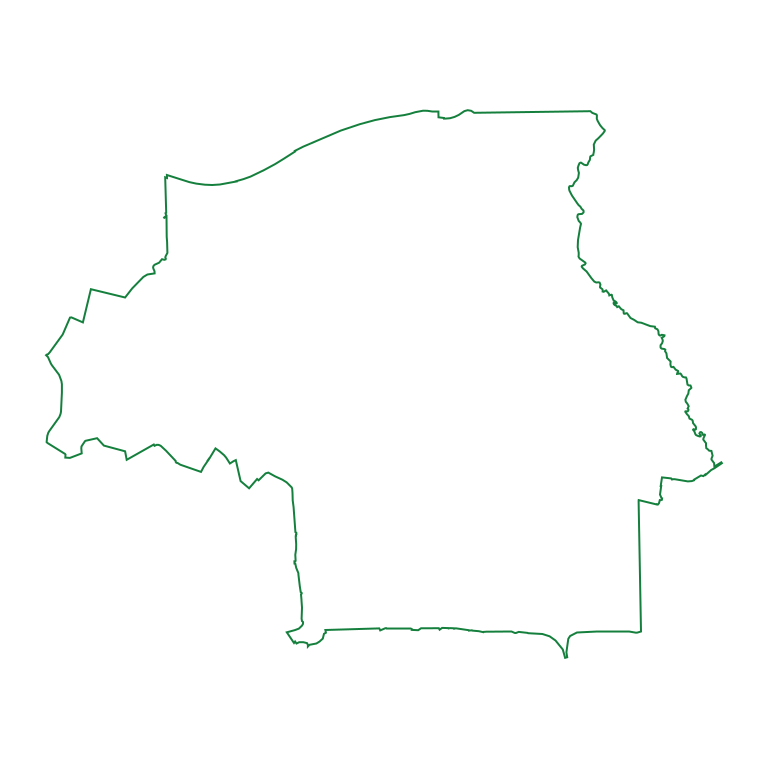 the district of Eindhoven, Noord-Brabant, Netherlands
{"feature_id": "6326949B83457760015598", "entity_name": "Eindhoven", "entity_type": "district", "adm_level": 2, "iso_a3": "NLD", "parent_name": "Netherlands", "parent_adm1": "Noord-Brabant", "projection": "orthographic", "projection_center": [5.479, 51.449], "detail": "fine", "context": "isolated", "style": "outline", "palette": "green", "viewbox_px": 768, "rotation_deg": 0, "n_neighbors": 0, "source": "geoboundaries", "source_scale": "gbopen_adm2", "svg_char_len": 6057}
<svg xmlns="http://www.w3.org/2000/svg" viewBox="0 0 768 768"><path d="M166.9,175.0L167.0,178.0L165.2,177.3L166.2,212.8L165.5,213.2L166.3,215.8L164.1,217.5L164.3,217.8L166.5,216.4L166.7,236.7L167.1,242.0L167.4,252.9L165.7,256.1L165.3,257.3L165.8,258.6L165.6,259.4L164.3,259.8L162.0,259.2L159.1,262.7L154.5,264.8L153.4,266.1L153.1,267.3L153.4,268.7L154.5,271.2L154.6,273.4L147.4,274.5L143.4,276.9L132.2,288.4L125.1,297.5L90.9,289.2L82.9,322.4L71.4,317.4L70.0,317.6L62.7,334.5L49.7,352.4L48.1,354.2L47.0,354.5L46.1,355.2L48.0,357.1L50.8,363.4L51.8,365.1L59.1,374.8L61.4,381.0L61.9,384.2L61.9,392.5L61.0,411.7L60.6,413.7L59.3,417.1L49.4,430.9L48.3,432.7L47.3,435.8L46.6,442.1L47.5,443.0L65.0,453.9L65.5,454.5L65.3,457.6L69.9,457.9L81.7,453.4L81.3,448.3L81.5,446.4L84.9,441.3L85.5,440.8L97.1,438.2L103.9,445.6L125.1,451.3L126.7,459.8L153.8,444.5L154.5,445.8L156.8,444.8L158.7,444.9L160.7,445.8L166.0,450.7L175.7,461.0L175.7,461.9L176.4,462.8L177.6,463.0L180.3,464.7L201.0,471.9L203.7,466.8L207.8,460.8L207.6,460.6L208.7,459.1L208.8,459.4L209.2,458.8L215.5,448.4L219.8,451.5L224.1,455.2L226.2,457.7L229.9,463.5L233.5,461.2L235.8,460.1L240.6,481.1L249.1,488.3L257.1,479.0L258.6,480.3L265.6,473.4L268.3,472.6L275.2,476.4L282.4,479.7L286.7,482.4L291.7,487.4L292.2,488.7L292.5,493.0L292.7,500.4L293.6,507.3L295.4,532.1L296.3,532.7L296.4,534.2L296.0,534.4L296.0,535.7L295.8,535.7L295.7,536.6L296.2,544.3L296.1,549.2L295.3,554.8L295.6,560.4L295.4,561.2L294.4,561.3L294.5,563.6L295.3,563.7L296.2,567.8L298.4,573.2L298.4,574.4L299.8,586.2L300.7,592.1L301.6,592.8L301.7,593.6L301.0,594.3L301.5,600.0L301.5,600.6L302.0,607.6L301.6,618.7L302.0,621.1L302.9,621.8L303.1,622.7L302.9,624.1L302.0,625.6L298.9,628.6L294.9,630.1L286.8,632.3L294.0,643.0L295.1,641.5L296.5,643.5L299.2,642.2L303.3,642.2L307.0,643.1L307.9,644.9L307.9,646.5L309.5,644.8L316.4,643.5L319.6,641.5L322.8,638.6L324.0,633.8L325.9,632.7L325.4,630.0L379.3,628.4L380.2,630.4L385.4,628.2L386.4,628.2L386.6,628.5L410.7,628.5L412.1,629.3L411.9,629.9L418.2,630.2L421.0,628.3L438.8,628.2L439.6,629.7L442.1,627.9L448.5,628.1L448.6,628.4L450.0,628.1L454.1,628.3L454.2,628.7L455.8,628.3L468.8,630.2L468.9,630.6L471.9,630.3L472.2,630.6L478.9,631.2L483.4,632.2L483.6,631.9L486.2,631.7L511.5,631.5L514.6,632.9L515.9,633.0L518.7,631.9L527.7,632.9L528.1,633.2L542.4,634.0L549.6,636.3L555.5,640.5L562.8,649.5L565.1,657.8L567.2,657.2L566.4,652.3L568.3,638.8L570.1,636.0L576.9,632.5L597.4,631.5L629.0,631.5L636.0,632.7L637.3,632.6L641.0,631.5L638.6,500.8L638.7,500.1L656.8,504.5L656.9,504.2L657.9,504.5L659.0,503.2L659.8,500.1L660.5,500.2L661.9,499.8L662.1,498.4L661.6,498.3L660.0,494.6L661.2,486.0L660.7,486.0L662.0,477.4L671.1,478.4L672.0,479.5L672.4,479.2L674.7,479.2L687.8,481.4L691.7,481.1L694.9,480.0L694.6,480.0L694.3,479.5L701.0,475.5L703.4,476.1L705.3,474.4L705.6,474.9L711.2,470.0L714.5,468.2L721.9,463.2L721.3,462.3L714.4,466.6L714.1,463.1L711.5,459.6L711.5,458.6L712.6,455.7L711.4,450.9L709.2,450.7L707.6,449.1L706.3,448.2L706.0,445.4L706.0,443.2L703.3,439.6L703.3,439.0L703.8,437.4L704.9,435.2L704.9,434.7L704.4,434.5L703.4,434.9L702.4,434.7L702.5,433.8L702.1,432.9L701.3,432.2L700.5,432.1L700.0,432.3L699.4,433.4L700.6,435.6L700.6,436.3L699.7,436.5L697.6,435.8L696.0,435.0L695.5,434.4L694.3,431.3L693.2,430.0L693.1,429.6L693.5,429.2L695.4,429.6L695.9,429.2L696.0,427.6L695.7,426.4L693.1,423.2L692.6,420.5L691.9,419.7L689.5,418.6L688.8,416.2L686.8,414.0L685.3,411.8L685.5,411.3L687.7,411.3L688.3,410.5L688.4,409.3L687.6,408.6L688.7,406.2L687.3,403.6L685.8,401.8L685.4,399.7L686.9,396.2L688.3,393.6L688.8,390.2L691.3,388.0L691.3,387.4L690.5,385.5L688.7,385.4L687.5,384.6L686.5,378.5L685.9,377.4L684.5,377.4L682.8,376.8L682.1,376.1L681.1,374.2L680.3,373.5L677.1,373.9L677.2,373.2L678.2,371.6L678.0,370.9L675.7,369.7L673.5,366.9L672.1,367.2L671.2,366.9L670.8,366.2L670.4,364.4L670.6,361.5L667.1,358.0L666.4,353.3L665.1,351.3L665.3,349.6L664.2,349.0L661.6,348.6L660.8,347.9L660.5,347.1L660.6,345.2L662.1,343.2L662.8,341.0L662.5,339.4L661.7,337.8L664.2,336.3L664.5,335.7L664.5,335.3L661.8,334.8L660.1,335.6L659.3,335.2L658.6,334.1L658.4,331.3L658.2,330.7L657.4,329.3L655.2,328.3L654.9,326.7L650.2,326.1L641.2,322.7L637.7,322.3L634.0,319.8L630.5,318.0L627.1,313.3L626.3,313.2L624.8,313.8L623.9,313.6L623.7,313.1L623.5,310.3L621.3,309.2L618.8,306.3L617.2,307.1L616.6,306.0L614.7,305.0L613.9,304.2L613.6,303.4L613.7,302.8L616.2,303.5L616.7,303.3L616.7,302.8L615.8,301.7L613.6,300.4L612.3,297.4L611.8,294.9L611.3,294.7L609.3,295.4L609.1,294.3L608.8,293.6L606.1,290.4L603.7,291.8L602.6,291.5L602.7,290.3L602.4,289.2L600.1,287.5L600.0,286.8L600.4,284.6L599.6,282.6L598.7,282.3L596.2,282.5L594.3,281.6L591.5,278.3L586.6,271.5L583.0,268.4L581.8,266.9L581.7,266.3L582.0,265.8L585.0,264.4L585.6,263.2L585.2,262.5L579.6,258.5L578.5,256.6L578.7,255.0L578.7,252.7L577.7,247.2L578.0,240.1L580.1,227.6L581.0,223.8L580.3,222.6L578.7,220.9L577.3,217.1L577.6,215.3L577.9,214.6L578.6,214.2L582.0,213.9L583.5,212.5L583.6,211.2L583.4,210.4L581.7,208.9L580.4,206.7L578.6,205.1L577.4,203.5L572.0,195.6L569.5,190.8L569.2,189.7L569.0,187.5L569.4,186.4L569.9,186.1L571.8,186.2L572.9,185.7L574.4,182.4L576.8,180.0L578.2,177.6L578.9,172.9L578.1,170.0L577.8,167.8L578.5,165.5L579.5,163.2L580.4,162.7L581.1,162.7L584.0,164.7L586.1,165.2L587.1,165.0L587.6,164.5L588.3,162.5L589.9,159.8L590.2,156.9L590.5,156.3L593.3,154.9L593.3,154.4L593.8,152.1L594.1,149.7L593.8,144.5L595.7,140.6L598.2,138.4L601.9,134.6L603.1,133.3L604.8,130.8L604.7,130.1L602.5,128.1L600.1,125.2L597.7,121.0L596.8,118.8L596.9,115.4L596.5,114.5L592.3,112.9L590.4,111.2L474.1,112.8L471.2,110.8L467.7,110.2L464.4,111.1L458.8,114.9L454.6,116.9L450.1,118.2L445.4,118.6L444.0,118.6L444.0,118.0L438.5,117.3L438.4,111.5L432.1,111.5L427.4,110.8L423.1,110.7L415.2,112.2L409.6,113.9L404.1,115.1L389.9,117.1L374.9,120.1L360.1,124.1L340.7,130.6L303.1,146.7L294.8,150.9L295.1,151.5L283.7,158.8L275.1,164.1L264.0,170.1L250.5,176.6L243.5,179.1L236.1,181.2L236.3,181.5L219.9,184.5L212.2,185.0L204.9,184.7L196.2,183.6L189.3,182.1L166.9,175.0Z" fill="none" stroke="#15803d" stroke-width="2"/></svg>